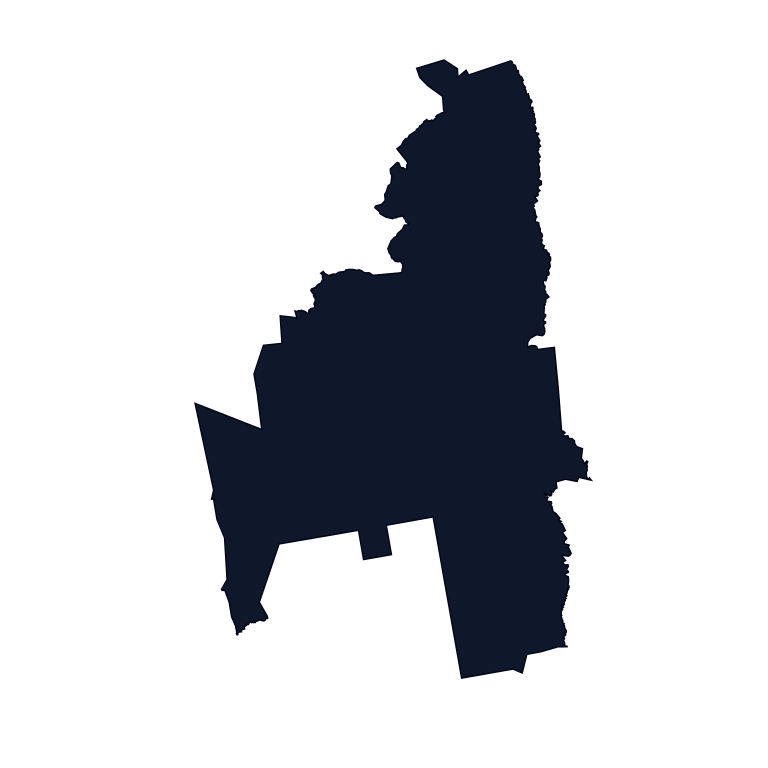 Casas Grandes, Chihuahua, Mexico, rotated 350°
{"feature_id": "50627088B75483680253785", "entity_name": "Casas Grandes", "entity_type": "district", "adm_level": 2, "iso_a3": "MEX", "parent_name": "Mexico", "parent_adm1": "Chihuahua", "projection": "natural_earth1", "projection_center": [-108.11, 30.215], "detail": "fine", "context": "isolated", "style": "filled", "palette": "ink", "viewbox_px": 768, "rotation_deg": 350, "n_neighbors": 0, "source": "geoboundaries", "source_scale": "gbopen_adm2", "svg_char_len": 6154}
<svg xmlns="http://www.w3.org/2000/svg" viewBox="0 0 768 768"><g transform="rotate(350 384 384)"><path d="M565.0,87.8L521.1,94.4L519.3,89.3L510.1,94.6L511.0,86.2L499.4,75.4L471.0,78.8L472.5,88.4L478.7,97.5L491.7,111.0L490.3,124.0L490.6,126.8L487.8,127.1L482.7,128.7L481.5,129.6L482.3,130.8L479.8,131.8L478.4,133.4L476.8,132.3L475.6,132.9L473.0,132.5L472.1,131.0L469.0,132.4L467.8,134.4L466.4,134.8L465.2,136.2L463.9,136.1L462.8,138.1L460.2,138.9L459.8,140.2L452.1,143.5L450.2,146.1L447.5,146.4L444.5,149.1L442.9,151.7L437.6,154.7L445.4,169.1L445.5,171.2L444.6,172.1L443.7,175.8L442.2,176.2L440.7,174.5L438.0,173.8L436.9,168.9L435.4,168.1L427.5,173.4L427.1,177.4L427.9,180.0L426.4,185.5L425.4,188.2L422.5,189.5L419.6,195.3L417.6,197.4L417.1,203.4L412.8,206.7L407.0,207.2L406.0,207.9L405.7,208.9L409.7,213.8L409.5,215.0L410.3,216.2L414.9,220.0L421.2,222.7L422.4,222.0L424.8,222.5L425.8,221.9L431.6,221.8L433.4,225.8L433.7,227.9L436.4,231.1L436.4,231.7L431.8,231.0L428.8,235.0L423.4,238.3L421.8,240.9L419.7,241.5L415.9,244.3L411.3,251.4L411.9,255.7L413.4,258.8L413.2,260.3L413.8,261.9L414.5,261.9L416.1,264.7L418.0,265.8L419.9,266.2L421.3,265.1L421.1,265.8L422.0,266.3L422.0,267.4L423.1,268.7L422.9,272.4L421.6,274.5L421.3,276.7L419.5,277.4L392.1,275.1L388.7,271.8L385.0,271.4L382.5,269.8L381.6,268.5L379.1,267.2L376.7,267.3L374.3,266.1L369.7,265.1L366.1,265.1L365.1,266.4L359.0,266.1L355.5,267.5L352.9,266.9L349.2,267.6L347.6,267.2L344.7,264.6L343.7,262.6L340.9,264.0L342.3,265.7L341.9,268.6L342.4,270.8L341.2,271.1L339.5,273.6L336.1,274.7L333.2,277.1L329.2,277.8L328.2,279.2L330.6,284.4L329.9,284.9L331.3,289.2L329.2,292.6L329.0,293.7L329.6,295.0L329.0,296.2L328.1,297.0L325.7,297.0L323.3,298.0L322.5,299.1L322.4,301.3L320.4,300.7L319.1,299.0L315.2,297.0L314.4,297.7L312.8,296.9L311.1,297.4L309.0,296.7L309.8,303.7L293.6,298.8L290.6,326.3L272.0,325.0L257.7,351.6L257.6,370.9L255.7,407.6L194.6,370.3L197.8,458.9L194.2,467.5L196.2,467.6L196.0,488.4L200.3,507.8L195.5,549.4L188.3,558.0L188.7,559.1L191.5,559.7L193.7,572.4L193.5,586.9L195.8,596.4L195.9,603.5L195.3,604.1L195.8,605.5L196.5,605.4L196.8,603.7L198.6,603.0L200.6,603.3L200.9,601.4L204.2,601.0L204.0,599.5L205.5,597.8L205.9,598.2L206.7,597.8L206.6,596.8L208.7,597.3L209.6,595.9L212.1,595.0L212.4,596.0L213.1,595.6L213.9,596.3L215.8,596.5L216.1,595.7L219.3,595.2L219.8,594.5L224.5,596.5L226.1,595.8L225.9,595.2L227.3,594.2L227.9,594.8L228.8,594.4L228.5,591.7L223.3,577.2L252.9,523.3L333.5,523.6L333.4,553.3L361.7,553.3L361.7,523.5L409.3,523.4L409.4,687.1L461.5,687.1L469.9,692.6L477.7,675.0L492.3,674.9L509.5,673.0L518.6,674.5L518.6,673.9L516.7,673.6L516.8,669.8L516.2,667.5L517.5,666.1L517.1,664.0L519.1,662.8L519.5,661.5L519.2,660.9L520.4,660.0L520.6,658.6L519.4,655.0L519.8,654.1L519.2,652.1L519.8,651.5L518.8,650.9L518.9,647.4L518.0,646.5L518.5,645.7L518.0,643.1L518.9,642.6L518.4,641.6L519.1,638.8L520.1,637.5L520.0,636.6L520.7,636.6L520.3,635.6L521.8,634.9L520.9,634.2L522.3,633.1L521.0,632.6L523.2,632.1L522.8,631.3L523.5,630.9L524.0,628.4L524.8,628.8L525.1,627.0L526.0,626.8L525.4,625.3L527.3,624.4L526.8,622.3L527.7,622.0L528.7,619.2L529.8,618.4L529.2,617.7L529.3,616.8L530.1,617.3L531.0,616.5L531.0,614.9L530.3,613.9L531.5,610.4L532.0,605.9L529.4,604.0L528.7,602.7L532.9,601.4L533.0,600.6L531.5,598.2L533.8,595.8L533.8,594.0L530.6,593.6L529.2,591.2L529.5,590.2L532.1,589.4L529.7,584.6L529.9,583.6L535.7,585.6L537.8,584.6L538.9,583.2L537.1,576.5L538.4,574.8L533.3,572.4L534.4,570.1L537.1,567.9L533.8,561.1L537.1,559.8L535.2,552.8L533.1,551.4L534.7,550.1L532.2,548.3L533.9,546.8L530.9,541.5L528.3,539.0L528.1,533.7L527.0,532.3L528.3,530.9L528.3,529.1L524.0,527.5L524.2,526.3L525.8,524.1L524.9,523.3L524.1,524.4L522.9,524.4L523.3,521.0L522.8,519.3L524.0,519.2L525.0,521.2L524.7,521.8L526.7,521.7L527.3,522.8L529.1,523.0L530.0,521.8L530.0,518.8L531.8,519.8L533.8,517.4L536.2,516.5L536.4,510.9L537.4,510.1L546.3,509.3L557.2,513.5L559.6,509.7L571.4,514.7L570.0,512.1L568.3,513.2L567.3,510.2L567.9,506.2L569.2,504.1L569.2,502.2L570.0,500.7L569.7,498.3L571.1,495.8L570.4,495.1L567.2,497.5L566.6,496.6L567.1,495.8L567.0,494.5L565.4,491.4L568.2,482.2L562.7,479.0L561.4,475.4L561.7,473.1L559.7,470.4L556.6,469.9L556.1,466.9L553.1,466.7L552.0,465.9L551.9,464.5L553.8,463.5L552.6,461.7L550.7,461.1L554.9,418.0L558.1,377.5L541.3,376.7L540.9,374.0L539.5,372.6L535.7,371.7L531.7,372.6L532.8,367.7L536.3,364.2L542.8,362.0L548.4,363.9L550.3,362.8L551.3,360.8L551.8,357.4L551.2,354.6L552.3,352.3L553.6,352.2L553.9,351.0L552.0,349.6L551.8,348.7L555.1,344.9L555.1,343.7L553.8,342.8L553.7,342.0L555.2,336.7L554.9,335.2L556.5,334.0L556.0,333.0L557.6,331.4L558.0,328.7L561.5,326.9L560.0,324.0L559.1,323.7L559.2,321.1L558.4,318.9L559.7,315.9L558.7,314.2L558.4,310.7L559.8,309.7L561.3,310.5L562.8,307.9L562.7,306.1L565.4,305.0L565.9,303.1L565.3,300.9L568.1,297.2L568.2,292.3L569.6,291.1L570.0,288.0L568.7,286.9L569.4,285.1L569.0,283.8L567.5,282.8L567.3,280.4L565.4,279.7L564.5,278.3L565.9,275.6L564.2,274.5L563.6,272.0L564.7,269.8L564.3,267.4L565.6,266.1L565.7,263.9L564.2,261.4L564.9,258.2L564.1,256.1L564.3,252.3L563.2,251.2L561.7,251.1L561.2,249.6L562.1,247.4L563.5,245.9L562.7,244.5L562.7,239.0L561.5,236.4L562.8,234.9L562.5,232.6L567.0,230.3L564.9,225.9L568.2,225.3L568.8,223.8L568.2,222.3L571.1,220.7L569.2,217.7L571.7,214.8L572.6,215.3L573.6,214.9L574.2,211.6L572.2,210.0L571.3,208.4L573.2,207.4L574.2,203.8L573.8,201.4L574.6,197.4L574.0,194.4L576.1,191.2L574.9,189.0L577.3,187.5L575.6,181.4L577.1,180.2L576.8,178.4L579.5,176.9L578.0,173.5L579.7,171.6L577.6,165.6L579.6,165.2L579.6,164.1L576.4,162.5L576.8,160.9L578.3,158.8L577.8,156.3L576.9,155.6L577.1,153.4L578.3,153.4L578.7,152.4L578.2,150.2L578.7,150.1L578.8,149.0L578.1,146.9L578.9,145.2L578.8,143.7L578.0,143.7L577.5,142.6L577.9,141.5L578.4,141.6L578.0,139.8L578.6,138.3L578.4,137.2L575.5,137.2L577.6,132.6L578.7,131.8L578.5,130.2L576.8,128.5L576.5,123.3L574.4,123.3L574.8,120.2L574.1,117.9L574.7,116.3L573.1,113.4L572.7,109.4L573.8,109.2L573.2,106.3L572.5,105.1L571.4,105.3L571.2,103.2L570.4,102.2L570.7,98.7L569.2,98.4L568.8,93.8L568.4,92.8L566.9,92.0L566.2,91.0L566.2,89.2L565.0,87.8Z" fill="#0f172a" stroke="#020617" stroke-width="1.5"/></g></svg>